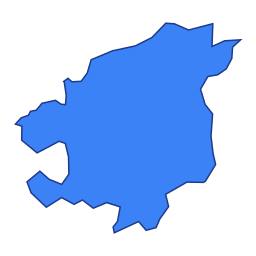 outline of Dangara, Ferghana, Uzbekistan
{"feature_id": "79887680B26065504827015", "entity_name": "Dangara", "entity_type": "district", "adm_level": 2, "iso_a3": "UZB", "parent_name": "Uzbekistan", "parent_adm1": "Ferghana", "projection": "orthographic", "projection_center": [70.818, 40.63], "detail": "fine", "context": "isolated", "style": "filled", "palette": "blue", "viewbox_px": 256, "rotation_deg": 0, "n_neighbors": 0, "source": "geoboundaries", "source_scale": "gbopen_adm2", "svg_char_len": 924}
<svg xmlns="http://www.w3.org/2000/svg" viewBox="0 0 256 256"><path d="M156.0,227.7L159.9,218.8L168.6,206.6L165.6,194.3L186.9,182.1L203.4,182.4L205.5,181.1L215.6,164.5L213.1,153.6L211.0,136.2L212.6,114.0L205.1,104.4L200.5,89.2L207.9,76.5L217.7,74.8L226.3,68.8L231.8,58.5L232.6,47.1L240.6,39.8L224.6,40.8L212.0,46.5L212.8,23.7L188.5,30.0L174.4,23.8L165.8,23.2L151.8,37.6L135.3,45.9L112.5,50.8L93.1,58.9L91.2,59.7L87.2,73.2L81.1,81.3L71.9,81.8L68.0,78.3L63.6,81.5L64.3,82.2L66.2,95.3L65.5,104.6L61.0,104.2L55.4,100.3L42.0,103.3L36.2,110.2L30.5,111.3L28.4,115.3L21.3,117.7L15.4,124.1L21.9,126.2L21.7,140.2L37.1,152.9L59.0,141.3L65.3,143.4L68.5,156.8L68.9,174.2L61.7,184.4L49.1,179.3L39.9,171.2L27.0,181.8L31.1,192.8L46.3,207.2L61.6,197.6L74.1,204.3L82.5,200.0L93.3,208.2L106.7,202.6L120.2,206.9L117.5,221.5L113.1,227.0L114.3,232.8L138.6,221.5L146.1,230.3L156.0,227.7Z" fill="#3b82f6" stroke="#1e3a8a" stroke-width="1.5"/></svg>